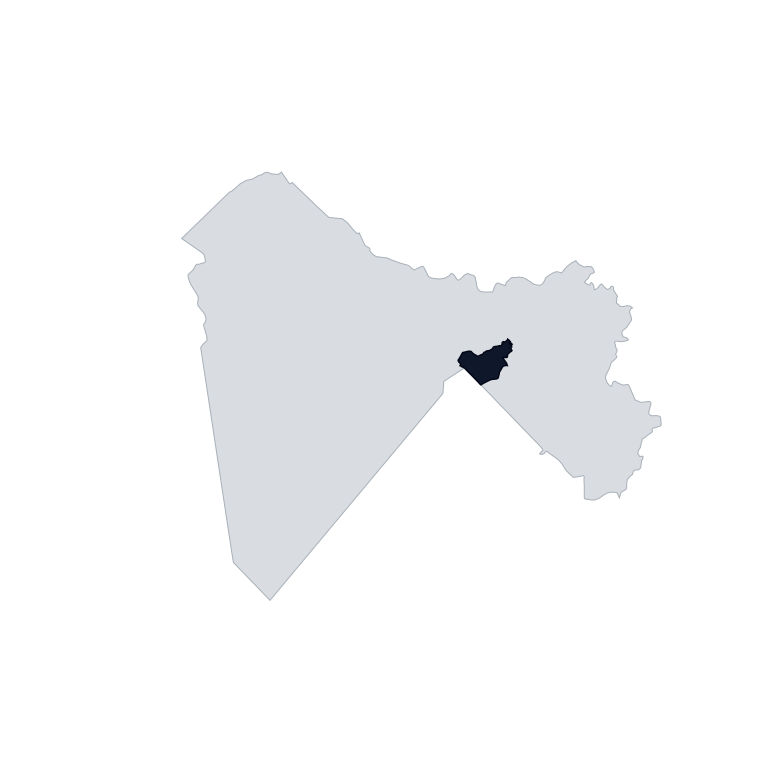 Niono, Ségou, Mali (highlighted), rotated 226°
{"feature_id": "8926073B49172345831470", "entity_name": "Niono", "entity_type": "district", "adm_level": 2, "iso_a3": "MLI", "parent_name": "Mali", "parent_adm1": "Ségou", "projection": "mercator", "projection_center": [-5.761, 14.688], "detail": "fine", "context": "in_parent", "style": "filled", "palette": "ink", "viewbox_px": 768, "rotation_deg": 226, "n_neighbors": 0, "source": "geoboundaries", "source_scale": "gbopen_adm2", "svg_char_len": 5669}
<svg xmlns="http://www.w3.org/2000/svg" viewBox="0 0 768 768"><g transform="rotate(226 384 384)"><path d="M165.1,547.8L165.3,545.5L163.3,543.9L163.2,543.1L164.3,536.5L164.2,534.7L165.0,531.4L163.7,529.9L163.4,528.8L160.3,524.4L159.4,520.8L157.8,518.3L154.1,517.6L152.8,519.6L151.9,520.0L150.5,518.5L150.0,517.2L150.0,516.1L145.3,510.3L145.6,507.2L147.4,505.5L148.1,502.9L146.3,499.8L146.6,496.9L146.3,492.7L143.6,489.1L141.7,487.5L140.1,485.0L141.4,479.2L138.6,474.2L143.8,476.2L146.3,474.4L148.7,471.8L150.7,468.5L151.6,464.4L152.0,460.8L154.0,455.2L156.5,452.6L161.7,448.7L163.1,449.1L171.6,457.3L176.4,461.5L178.2,463.7L179.7,463.7L182.1,459.7L184.6,456.2L185.6,455.3L194.1,454.9L198.6,455.5L202.5,456.5L208.1,456.8L222.8,454.2L223.0,452.6L222.8,450.6L223.4,449.2L224.6,447.8L225.7,447.5L226.1,452.2L227.3,452.9L230.8,453.1L339.7,453.1L344.3,428.8L336.3,419.9L307.6,151.7L360.2,151.7L369.3,158.0L537.6,277.5L538.4,281.3L538.2,286.6L539.5,288.1L541.9,289.9L551.4,294.9L552.2,295.9L552.5,297.9L553.7,300.5L555.7,302.0L558.0,303.1L560.9,303.8L569.5,304.6L571.4,305.8L575.1,310.5L577.1,311.4L588.7,313.9L592.5,315.1L596.6,317.2L598.8,319.1L598.7,326.4L600.3,331.1L600.3,332.3L598.5,334.2L598.0,335.6L595.9,339.3L596.3,340.8L600.3,343.6L602.3,344.4L604.7,344.4L629.2,339.5L629.4,406.6L628.5,407.7L627.9,419.5L626.1,426.4L622.9,431.6L620.9,439.2L619.7,440.7L618.8,445.1L617.0,447.6L613.8,448.6L608.2,453.5L607.7,457.4L594.5,455.2L593.6,455.3L593.0,455.8L592.8,457.9L558.8,459.1L542.2,460.0L531.7,468.9L524.9,469.7L516.4,469.0L512.1,469.0L510.4,469.5L510.0,471.1L496.6,466.5L491.5,468.0L490.7,467.5L490.1,466.5L487.6,466.0L483.8,466.2L481.0,466.9L472.4,473.9L467.8,475.7L459.2,479.9L453.2,483.5L451.0,484.2L447.7,484.3L444.9,485.1L442.4,493.1L440.8,493.9L430.5,490.7L428.5,491.1L426.7,492.1L421.0,496.8L418.2,500.6L416.6,505.6L416.9,508.9L415.9,509.8L413.3,510.1L408.5,509.1L407.0,509.5L406.4,512.0L406.5,517.4L405.4,521.1L402.6,522.2L400.4,523.6L398.7,524.0L397.3,523.7L389.0,518.2L386.2,517.3L383.2,517.9L380.2,520.3L374.9,526.0L375.5,528.0L376.9,530.4L378.0,533.3L377.9,535.9L370.4,539.6L372.1,542.4L371.9,549.8L368.5,553.2L367.2,555.4L363.9,557.8L361.0,559.1L351.8,561.1L348.1,563.4L346.4,565.3L346.0,567.3L346.3,569.7L348.1,574.6L347.5,579.0L346.0,584.2L344.6,586.5L340.4,589.1L341.0,592.5L341.4,597.3L340.7,603.6L339.4,607.8L338.4,607.3L334.3,607.5L329.9,608.9L328.3,609.9L328.0,611.4L324.2,614.7L321.8,614.5L319.4,613.6L318.2,612.7L318.1,612.2L319.5,609.5L319.6,608.5L318.1,603.8L318.4,602.6L317.8,598.9L317.5,598.7L312.6,600.3L312.4,601.0L313.1,603.3L312.6,603.7L310.9,603.7L308.5,602.9L305.8,600.8L305.1,601.5L304.8,603.2L304.7,605.2L305.3,608.8L304.6,610.1L300.5,609.8L297.0,610.3L296.1,611.6L295.8,613.0L296.6,614.6L296.5,615.3L295.0,616.3L294.3,616.3L292.4,614.5L284.7,612.8L284.1,610.4L283.2,610.3L280.7,607.3L279.7,607.4L278.8,607.9L275.9,607.7L273.3,610.3L271.3,613.5L269.2,615.0L266.1,615.7L266.6,613.7L265.6,610.9L258.9,607.4L257.9,605.9L256.2,598.0L256.2,595.6L256.7,593.5L256.5,591.9L255.8,590.7L253.8,589.5L251.7,588.9L249.0,590.5L247.8,590.8L246.6,590.7L246.0,590.1L246.1,589.3L248.9,585.0L250.3,583.3L253.2,581.2L253.9,580.1L254.0,579.3L253.7,578.7L251.8,577.9L248.9,575.9L247.3,575.7L246.0,574.8L244.7,571.7L244.0,571.1L242.6,570.7L241.4,570.0L241.5,562.4L238.6,556.8L236.1,549.6L234.8,547.8L232.5,546.4L229.7,545.4L227.2,545.2L224.3,545.9L224.4,546.6L225.9,548.9L226.2,550.2L226.0,551.5L225.4,552.3L221.6,553.1L216.5,555.7L214.8,558.8L213.7,559.2L211.7,558.8L198.2,553.6L192.5,555.9L188.8,560.4L188.0,561.9L186.2,563.1L185.3,563.1L184.3,562.3L180.3,555.5L178.6,553.8L176.5,553.8L174.7,554.9L172.8,557.2L170.4,559.3L168.9,559.9L167.6,559.6L162.0,555.0L161.7,554.0L164.2,548.6L165.1,547.8Z" fill="#d9dde1" stroke="#a8b0b8" stroke-width="1"/><path d="M311.6,485.5L313.8,486.6L318.1,487.3L320.1,487.7L320.4,488.2L317.8,490.7L317.8,491.6L318.5,492.3L319.5,493.9L319.4,495.2L319.4,497.6L319.0,498.2L319.1,498.9L319.3,499.4L320.5,499.5L322.2,500.7L322.0,501.7L322.3,501.8L322.7,502.0L323.0,502.3L323.2,502.6L323.5,503.0L323.6,503.3L323.6,503.5L323.6,503.8L324.8,503.7L324.5,502.9L325.0,502.1L325.7,502.0L326.0,502.5L326.1,503.6L326.4,504.2L327.0,504.3L327.1,504.2L327.1,503.8L327.2,503.7L327.3,503.7L327.5,503.8L328.0,504.3L328.3,504.4L328.5,504.4L328.8,504.2L329.0,504.3L329.4,504.3L329.8,504.2L330.1,504.1L330.4,504.1L329.9,502.9L330.0,501.3L330.4,500.1L330.5,499.9L330.8,499.6L331.3,499.4L331.6,499.2L331.6,498.8L331.7,498.5L331.7,498.3L331.6,497.6L331.0,497.0L330.6,496.6L330.1,495.1L331.3,493.7L331.7,493.0L332.8,491.2L333.6,490.3L334.6,488.5L334.0,486.2L334.4,485.1L334.4,484.1L334.8,483.0L335.2,482.8L335.3,481.9L336.5,481.0L336.7,478.9L337.3,478.1L337.1,477.0L336.9,475.7L337.9,473.2L338.7,470.6L338.8,470.2L339.3,470.3L339.6,470.2L339.9,470.4L340.0,470.4L340.2,470.5L340.4,470.4L340.5,470.1L340.7,469.9L340.9,469.9L341.2,469.8L341.3,469.8L341.5,469.9L341.9,469.5L342.3,469.5L342.6,469.5L343.4,469.4L343.7,469.4L344.6,469.2L346.9,469.3L348.8,467.7L350.9,464.1L352.0,462.4L351.1,459.4L350.4,457.3L350.4,456.9L350.2,456.6L350.2,456.2L350.1,455.9L350.0,455.6L349.8,454.8L349.7,454.1L349.4,453.8L349.4,453.7L348.9,453.4L348.7,453.3L348.1,453.2L347.3,453.1L347.0,453.1L346.0,453.1L345.6,453.1L345.1,453.1L344.9,453.0L344.9,452.9L344.8,452.6L344.7,452.4L344.6,452.2L344.6,451.8L344.4,451.4L342.1,452.1L340.2,452.8L339.6,453.0L338.8,453.0L337.3,453.0L333.3,453.0L328.2,453.1L325.2,453.1L322.9,453.1L320.5,453.1L317.6,453.0L316.1,453.1L315.2,456.9L313.2,463.3L312.3,464.9L309.5,468.5L309.0,470.2L310.8,473.2L312.3,475.2L313.3,478.9L313.9,480.7L313.9,482.7L313.1,483.7L312.5,484.9L311.6,485.5Z" fill="#0f172a" stroke="#020617" stroke-width="1.5"/></g></svg>